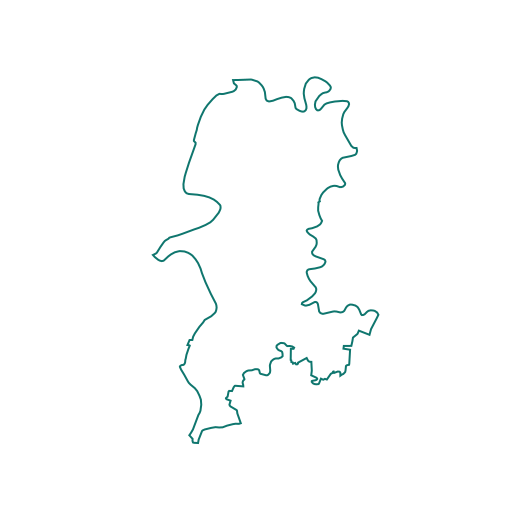 outline of Tu Ky, Hải Dương, Vietnam, rotated 228°
{"feature_id": "81297802B38910067880652", "entity_name": "Tu Ky", "entity_type": "district", "adm_level": 2, "iso_a3": "VNM", "parent_name": "Vietnam", "parent_adm1": "Hải Dương", "projection": "robinson", "projection_center": [106.393, 20.817], "detail": "fine", "context": "isolated", "style": "outline", "palette": "teal", "viewbox_px": 512, "rotation_deg": 228, "n_neighbors": 0, "source": "geoboundaries", "source_scale": "gbopen_adm2", "svg_char_len": 6155}
<svg xmlns="http://www.w3.org/2000/svg" viewBox="0 0 512 512"><g transform="rotate(228 256 256)"><path d="M121.5,287.6L124.7,292.6L129.1,304.4L130.4,307.6L132.9,308.2L135.8,307.5L137.1,306.6L138.9,304.9L140.0,302.9L140.2,301.0L140.0,297.6L140.5,296.1L141.3,295.1L142.3,295.1L147.0,296.8L149.7,297.3L150.7,297.2L152.7,296.7L155.5,294.9L157.0,293.4L157.6,291.5L157.7,289.8L157.4,288.3L156.2,284.9L156.3,283.3L156.7,282.3L157.6,280.9L160.8,278.7L162.5,277.1L163.4,275.7L167.9,267.5L168.6,266.7L170.5,265.7L172.5,265.8L178.8,269.8L180.3,270.2L181.3,270.0L182.3,269.2L182.6,268.5L184.0,263.0L185.7,259.9L186.5,259.2L189.5,257.8L190.2,258.7L190.3,259.8L189.0,264.1L188.4,270.7L188.8,274.9L189.4,276.5L190.5,278.1L191.5,278.9L192.8,279.4L200.7,279.6L203.7,280.1L206.8,281.1L209.6,282.5L210.3,283.1L211.0,284.5L210.9,285.9L210.2,287.2L207.3,291.4L204.8,296.0L204.1,297.8L204.0,300.0L204.2,301.5L204.9,303.2L205.5,304.0L206.8,304.5L208.2,304.2L215.8,300.1L218.0,299.3L219.7,299.3L220.7,299.7L221.7,300.6L223.0,306.5L224.0,308.6L225.1,309.9L227.3,311.6L229.0,312.1L232.3,311.5L235.8,310.4L237.6,310.2L239.8,310.2L240.9,310.6L241.3,311.6L241.0,313.2L239.1,316.3L237.1,321.2L236.6,324.8L237.0,326.6L237.9,328.6L240.6,329.2L243.9,330.4L248.1,332.5L250.7,334.9L253.1,337.6L254.1,338.2L253.9,340.0L255.0,340.5L255.9,341.7L257.6,345.4L258.3,348.4L258.5,353.5L258.4,354.9L257.7,357.8L256.4,360.3L255.5,361.5L254.0,362.8L251.1,364.4L250.0,365.7L249.3,367.4L249.4,369.8L250.1,370.7L250.6,371.0L256.0,371.8L259.8,372.7L265.1,374.9L267.5,376.6L268.8,377.9L270.3,380.3L271.1,382.3L271.3,384.4L271.0,386.1L266.5,393.8L264.9,397.3L264.9,398.9L265.8,400.5L266.5,401.5L269.0,403.0L269.9,401.9L271.3,400.8L274.1,400.5L286.4,403.1L289.3,403.9L292.0,405.2L295.7,407.4L297.8,409.0L300.5,412.0L303.0,415.8L303.9,418.0L304.9,423.0L305.4,424.8L306.6,426.8L307.6,427.4L309.0,427.6L310.1,427.2L313.3,424.2L318.1,417.9L320.6,413.8L322.2,410.5L322.7,408.1L321.9,402.8L321.9,400.9L322.7,399.5L323.4,399.0L325.1,398.9L327.1,399.6L329.1,401.1L331.1,403.7L332.6,410.1L332.5,413.1L332.2,414.8L331.2,416.8L330.4,418.0L329.8,419.9L329.8,421.1L330.2,423.0L331.0,424.2L331.8,424.7L333.3,425.0L337.2,424.9L339.3,424.5L343.6,423.0L347.0,421.4L349.5,419.2L351.2,416.2L351.6,414.2L351.6,413.0L350.8,408.4L348.0,403.7L346.2,401.6L344.7,400.1L340.8,397.5L334.8,394.5L333.3,393.5L332.0,392.3L331.2,390.8L331.1,389.9L331.2,388.6L331.8,387.5L333.0,386.5L334.8,385.5L338.1,384.4L339.6,384.5L343.6,387.0L346.1,387.7L349.4,387.8L350.3,387.6L352.2,386.6L354.1,384.9L356.5,381.0L358.5,376.6L360.0,372.6L361.7,369.7L362.4,368.9L363.9,368.1L364.6,368.0L366.4,368.4L371.9,372.3L375.2,373.7L377.1,374.2L379.1,374.4L382.9,374.3L384.7,373.9L390.0,370.8L390.9,369.9L399.0,360.2L402.1,356.7L399.1,355.1L396.2,355.5L395.1,355.4L394.3,354.6L393.3,352.3L393.4,349.8L393.9,348.3L398.1,340.4L399.2,339.0L401.0,337.3L401.8,334.0L401.6,328.8L400.7,321.2L399.4,315.6L396.4,308.2L392.3,300.6L390.8,298.2L389.3,296.3L387.6,293.4L383.7,287.4L383.0,286.8L380.6,286.9L379.5,285.9L370.2,268.7L364.8,259.5L362.6,256.0L358.0,250.2L354.7,247.5L352.1,246.5L350.8,246.3L349.1,246.4L347.1,247.5L340.7,253.5L335.4,257.7L330.8,260.5L326.2,262.4L322.3,263.2L318.1,263.4L317.0,263.1L315.5,261.9L314.7,260.9L313.9,259.2L313.1,257.2L311.6,248.4L311.6,244.6L312.8,239.3L315.1,232.5L317.1,227.9L321.7,216.3L323.7,211.6L327.2,204.8L327.6,203.7L327.4,202.6L328.0,199.8L328.2,198.3L327.9,196.3L326.7,191.1L324.8,184.5L324.8,183.4L325.7,180.1L322.9,180.1L318.6,180.8L317.0,181.4L315.4,182.4L314.5,183.8L314.3,184.5L314.4,190.6L314.1,193.9L313.1,198.1L311.4,201.4L310.6,202.7L307.2,205.9L303.8,207.7L301.3,208.5L298.9,209.0L294.1,208.9L289.5,208.2L283.8,206.4L279.5,204.4L270.3,200.9L258.1,197.1L247.4,194.3L245.8,193.5L244.0,192.2L242.6,190.5L241.5,188.7L241.2,187.0L241.2,182.4L242.8,175.1L242.0,172.2L241.3,166.7L239.4,158.8L238.1,155.3L236.2,152.5L238.0,150.4L235.7,145.5L234.1,146.8L233.7,146.8L232.1,143.5L229.1,138.2L226.8,135.2L226.0,133.9L224.6,132.4L224.0,131.5L223.6,130.3L223.6,129.3L224.7,127.7L224.9,126.8L224.9,125.6L224.4,125.2L221.6,124.3L215.8,123.2L208.5,121.5L206.7,121.2L204.2,121.3L198.7,122.1L194.9,121.9L190.0,120.5L186.1,118.9L182.1,115.8L178.2,111.2L177.2,109.3L176.4,106.8L169.3,93.1L168.1,89.4L167.4,86.5L162.5,86.5L161.1,85.1L159.6,84.4L158.6,85.0L155.8,87.8L157.9,90.5L162.0,98.7L162.1,99.6L161.4,101.8L158.3,107.6L155.9,111.4L153.2,113.9L151.0,116.6L149.3,121.0L146.5,126.3L145.0,128.6L142.7,131.0L141.9,132.8L151.5,136.8L153.7,138.3L154.4,138.5L161.2,136.4L162.4,136.4L163.3,136.8L165.5,140.3L169.2,138.3L170.2,138.3L170.5,138.7L170.5,140.8L173.6,144.9L173.7,145.8L171.7,147.8L173.4,151.6L173.7,153.3L173.4,153.8L167.6,159.3L168.6,160.1L170.7,161.2L171.3,161.8L172.0,163.2L172.0,164.7L172.2,165.0L176.4,166.7L177.1,168.8L176.8,171.8L176.1,173.6L173.8,176.5L172.6,179.4L171.0,181.2L170.1,181.8L169.0,181.9L166.4,180.5L165.5,180.5L160.6,183.7L159.9,184.5L159.6,185.5L159.8,187.7L160.2,188.6L161.3,189.9L165.2,192.9L166.0,193.9L167.5,196.7L167.6,198.9L167.3,200.7L166.7,202.0L164.7,204.3L163.7,207.1L163.8,208.8L165.6,210.3L167.2,211.2L168.4,211.1L170.3,210.1L171.8,209.7L173.8,209.9L174.6,210.2L175.5,211.3L175.6,212.4L175.5,213.3L175.0,215.9L174.4,216.7L172.6,218.3L171.9,218.7L168.7,218.8L168.1,219.0L166.5,220.9L164.5,222.4L162.4,223.0L161.9,221.8L163.7,219.8L155.5,212.2L154.9,212.4L153.5,211.3L152.3,212.1L151.2,211.5L150.3,213.6L148.7,213.3L148.0,214.0L147.9,215.1L148.6,215.9L146.3,225.4L143.7,224.7L142.5,224.7L141.4,225.2L140.3,226.3L133.4,220.7L130.4,217.2L125.0,219.5L123.9,219.4L123.6,219.1L123.5,218.0L123.9,217.0L125.5,214.4L125.7,213.8L125.2,213.2L123.4,213.1L122.5,213.4L121.4,214.0L120.2,215.1L119.1,216.6L119.0,217.3L121.4,222.2L119.4,223.0L119.0,223.3L118.6,225.0L116.8,226.0L118.4,232.8L117.9,234.5L118.4,235.7L118.4,236.2L118.2,236.4L117.2,235.6L116.9,235.7L115.4,239.5L114.2,240.6L113.5,240.7L112.6,240.4L110.6,238.6L110.4,240.5L109.9,242.0L110.1,244.6L111.0,245.9L114.0,249.2L114.1,249.8L114.0,250.4L112.9,252.4L113.6,253.3L123.4,263.2L128.6,259.0L130.4,261.1L125.4,266.7L128.1,270.5L130.5,273.5L130.2,279.1L130.5,280.0L131.7,282.5L121.5,287.6Z" fill="none" stroke="#0f766e" stroke-width="2"/></g></svg>